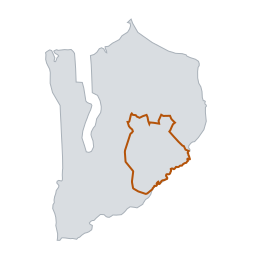 Matam on a map of Senegal (Mercator projection), rotated 87°
{"feature_id": "SEN-767", "entity_name": "Matam", "entity_type": "Region", "adm_level": 1, "iso_a3": "SEN", "parent_name": "Senegal", "parent_adm1": "", "projection": "mercator", "projection_center": [-13.497, 15.275], "detail": "fine", "context": "in_parent", "style": "outline", "palette": "amber", "viewbox_px": 256, "rotation_deg": 87, "n_neighbors": 0, "source": "natural_earth", "source_scale": "10m", "svg_char_len": 5201}
<svg xmlns="http://www.w3.org/2000/svg" viewBox="0 0 256 256"><g transform="rotate(87 128 128)"><path d="M204.9,117.2L208.2,123.1L207.5,125.9L206.8,130.0L208.6,133.0L210.8,135.0L212.4,136.7L214.2,139.2L214.4,144.1L214.1,147.7L215.2,149.3L216.2,151.3L216.0,153.0L215.4,154.4L213.3,156.4L212.9,160.1L216.3,164.5L218.6,166.9L218.5,168.3L219.1,169.8L220.8,171.6L221.8,171.2L222.9,169.7L223.4,168.7L226.3,169.2L227.7,169.6L229.6,172.5L230.3,174.5L230.8,176.9L232.7,179.9L234.5,182.0L234.8,183.4L236.4,185.1L235.4,189.1L235.5,191.2L234.5,196.5L234.2,199.1L234.3,200.0L236.6,201.9L236.4,204.6L234.0,204.1L229.9,203.8L221.6,205.2L218.8,204.6L213.3,204.8L209.5,205.6L204.5,207.4L200.7,206.9L198.7,205.5L196.0,205.6L192.9,204.9L189.7,203.6L186.7,202.9L183.5,200.4L182.0,200.0L180.9,200.6L180.0,201.4L179.1,202.0L177.4,201.5L176.7,199.8L177.2,198.2L177.4,197.0L176.6,196.3L174.6,196.1L171.5,196.1L166.4,195.6L165.2,195.3L153.8,194.9L141.9,194.8L131.9,194.8L119.2,194.7L110.3,194.7L102.0,194.6L95.6,197.9L88.6,201.5L79.3,203.4L68.5,202.7L65.1,203.2L61.5,204.8L58.9,205.9L55.2,206.6L50.4,206.1L48.5,206.4L47.3,204.8L45.9,202.1L46.7,200.2L49.7,199.0L54.1,197.4L56.4,198.2L57.7,198.2L58.0,197.2L57.5,196.6L54.2,195.2L52.5,193.4L51.1,194.4L49.8,196.7L48.8,197.4L47.3,198.1L46.5,196.5L46.1,195.0L46.8,193.8L46.4,187.3L46.8,183.8L46.6,180.7L48.7,178.7L50.7,177.5L58.4,177.3L65.5,177.2L72.4,177.3L79.4,177.4L80.1,171.3L82.4,170.8L85.7,170.1L91.9,169.4L98.8,168.7L100.3,167.5L101.4,165.5L102.1,163.6L103.6,162.9L105.5,163.5L108.0,164.4L110.7,165.9L113.7,167.3L115.7,168.1L120.5,170.3L128.7,173.3L135.5,174.5L143.7,172.3L149.6,170.9L150.3,168.3L149.4,165.7L145.0,163.3L139.0,163.6L137.2,164.2L134.4,165.0L132.7,165.3L129.9,164.8L126.3,162.7L124.1,160.7L120.9,159.7L117.2,158.8L111.2,154.5L108.0,153.8L105.1,153.6L99.4,154.4L93.8,156.7L90.9,161.8L85.3,161.7L73.5,161.5L62.7,161.4L53.7,161.7L52.8,158.0L50.7,155.1L47.3,152.5L46.5,150.2L47.7,148.1L51.0,146.5L51.8,145.3L50.0,145.4L47.4,146.5L45.6,146.6L45.4,143.3L42.5,139.1L39.2,132.0L35.5,129.1L32.3,123.4L29.1,121.2L26.1,120.1L23.5,120.4L22.6,123.0L19.4,119.2L23.7,117.9L33.1,113.1L43.8,99.5L53.4,83.4L54.7,79.6L55.9,76.7L56.6,70.0L58.0,66.1L59.3,65.4L60.9,62.3L62.9,57.0L65.1,54.1L67.6,53.5L69.6,53.7L71.0,54.8L75.0,55.5L81.8,55.8L87.0,55.0L90.7,53.1L95.5,52.2L101.5,52.2L104.6,51.4L104.9,49.9L105.7,49.4L106.9,50.0L108.1,49.8L109.2,48.7L110.3,48.6L111.4,49.6L116.4,49.9L125.4,49.5L133.6,52.3L141.2,58.2L145.1,62.2L145.3,64.2L146.6,66.2L148.9,68.2L150.9,68.5L152.8,67.3L154.3,67.4L155.3,69.0L157.5,69.3L159.9,68.3L161.6,68.6L161.9,69.6L162.3,70.1L163.5,70.3L165.1,71.4L167.2,74.6L169.0,79.0L170.4,84.6L172.2,87.7L174.5,88.2L175.8,89.3L176.1,90.7L176.7,91.6L177.8,92.1L179.7,91.8L182.0,93.7L184.4,97.8L184.7,99.7L184.4,100.7L184.5,101.4L186.1,102.1L187.6,103.4L188.9,105.5L191.5,107.3L195.6,108.8L198.6,111.2L200.4,114.3L204.1,116.9L204.9,117.2Z" fill="#d9dde1" stroke="#a8b0b8" stroke-width="1"/><path d="M154.1,68.6L154.3,68.7L154.6,68.9L154.8,69.0L155.0,69.3L155.3,69.4L155.6,69.6L155.9,69.7L156.1,69.7L157.1,69.1L157.3,69.1L158.0,69.1L158.4,69.0L159.4,68.5L161.3,68.1L161.8,67.9L162.0,67.9L162.4,67.9L162.5,68.4L161.9,69.6L161.8,70.1L162.2,70.4L163.4,69.9L164.0,69.9L164.2,70.1L164.4,70.6L164.6,70.8L165.6,71.4L165.8,71.7L165.9,72.0L165.9,72.6L166.0,72.9L166.5,74.1L166.7,74.5L167.0,74.9L167.3,75.2L168.2,75.9L168.4,76.2L168.4,76.5L168.4,76.8L168.3,77.4L168.3,77.7L168.4,78.0L168.5,78.2L169.1,78.9L169.5,79.5L169.6,80.1L169.6,80.8L169.6,81.1L169.4,81.4L169.4,81.8L169.4,82.1L169.6,82.3L169.8,82.5L170.4,82.8L170.7,83.1L170.9,83.3L171.3,83.9L171.5,84.2L171.5,84.5L171.4,84.8L170.9,85.6L170.8,85.9L170.7,86.2L170.8,86.5L171.1,87.4L171.7,87.4L172.7,87.2L173.2,87.3L173.5,87.4L174.1,87.8L174.4,87.9L175.2,88.2L175.6,88.4L176.0,88.8L176.3,89.2L176.4,89.7L176.2,91.1L176.2,91.4L176.2,91.7L176.4,92.1L176.6,92.2L177.6,92.5L178.1,92.4L178.7,92.1L179.1,91.7L179.7,91.4L180.2,91.4L180.8,91.6L181.0,91.9L181.1,92.2L181.3,93.2L181.4,93.5L181.7,93.9L181.9,94.2L181.9,94.5L182.0,95.7L182.1,96.3L182.4,96.9L182.8,97.4L184.9,98.8L185.4,99.3L185.6,99.9L185.4,100.4L184.8,100.5L183.6,100.4L183.2,100.6L183.5,101.1L184.3,101.9L184.6,102.1L184.9,102.3L185.2,102.3L186.0,102.1L186.4,102.1L186.7,102.2L187.0,102.4L187.2,102.7L187.3,103.0L187.3,103.3L187.1,104.2L187.1,104.5L187.3,104.8L188.2,105.2L188.5,105.5L189.5,106.5L190.5,106.9L190.6,107.1L194.3,112.1L194.5,112.7L194.7,113.5L194.7,113.8L194.6,114.1L191.9,121.0L189.0,125.4L188.6,125.9L188.2,126.1L182.8,126.8L181.3,126.8L171.8,125.1L171.4,125.2L171.1,125.3L161.9,132.0L161.5,132.2L151.8,132.4L150.1,132.1L134.7,126.2L134.1,125.9L133.5,125.4L133.2,124.7L131.6,123.3L130.2,123.7L129.6,124.0L129.0,124.6L127.9,125.8L126.2,127.0L121.9,128.1L121.9,127.6L121.9,127.1L121.9,126.7L121.6,126.4L121.1,126.2L115.3,124.5L114.4,124.1L113.7,123.5L115.1,122.5L115.6,119.6L117.1,118.5L118.4,115.9L116.9,112.4L115.9,108.8L118.3,107.9L122.3,107.4L125.1,106.5L123.6,105.8L124.2,101.8L125.3,96.7L122.4,97.1L116.5,94.1L117.8,92.1L118.0,85.4L119.1,85.0L120.9,84.4L122.3,83.4L125.1,80.8L126.6,82.9L129.6,84.5L132.3,85.8L133.7,86.9L138.9,82.8L144.6,78.1L148.5,74.5L149.0,73.2L152.6,71.7L154.1,68.6Z" fill="none" stroke="#b45309" stroke-width="2"/></g></svg>